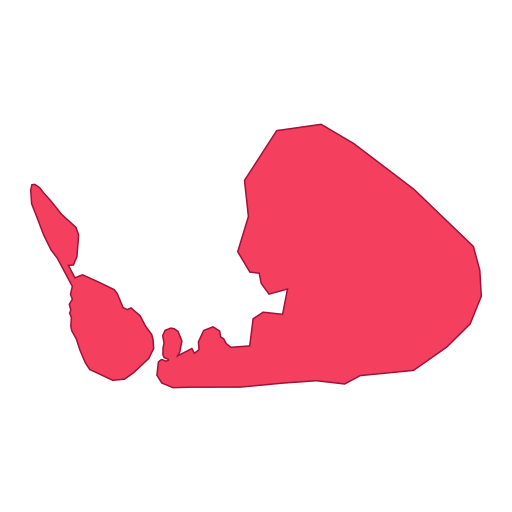 the district of Losap, Federated States of Micronesia
{"feature_id": "79324940B35142338686244", "entity_name": "Losap", "entity_type": "district", "adm_level": 2, "iso_a3": "FSM", "parent_name": "Federated States of Micronesia", "parent_adm1": "", "projection": "natural_earth1", "projection_center": [152.733, 6.895], "detail": "fine", "context": "isolated", "style": "filled", "palette": "rose", "viewbox_px": 512, "rotation_deg": 0, "n_neighbors": 0, "source": "geoboundaries", "source_scale": "gbopen_adm2", "svg_char_len": 1443}
<svg xmlns="http://www.w3.org/2000/svg" viewBox="0 0 512 512"><path d="M161.5,359.6L159.9,360.6L158.4,362.1L156.9,375.3L161.8,383.0L173.0,387.7L189.3,387.2L240.5,387.1L282.8,383.1L316.4,380.7L344.7,384.0L360.2,375.6L413.5,370.4L446.6,347.2L470.1,324.0L481.3,296.3L479.8,270.2L473.4,246.5L413.9,189.3L353.8,143.6L321.1,124.3L276.7,130.6L244.5,180.4L248.4,216.6L237.7,251.7L249.9,272.1L259.2,273.2L261.2,283.4L269.0,294.1L287.5,289.0L282.6,314.3L263.1,312.2L253.1,318.8L249.7,345.9L230.8,347.3L226.2,343.5L223.6,338.7L220.6,336.9L219.7,331.1L213.0,326.8L203.7,330.5L198.4,341.9L199.0,349.7L194.4,353.3L191.9,348.5L177.6,355.9L179.8,351.9L181.9,341.0L178.1,331.5L174.2,328.7L170.8,328.1L165.1,330.3L162.7,335.6L164.0,342.9L163.0,348.2L163.0,350.9L162.9,354.8L164.1,357.6L168.3,359.3L168.3,360.4L165.8,361.1L162.6,359.8L161.5,359.6ZM151.7,334.5L145.6,326.2L140.1,315.7L131.0,307.9L127.2,309.6L123.1,307.6L117.3,293.7L114.3,289.7L99.7,282.6L82.5,274.8L74.9,277.8L68.4,265.3L73.4,265.0L76.9,256.8L78.7,235.2L76.0,227.4L61.7,214.5L50.6,200.6L43.9,193.2L39.8,187.8L34.8,184.4L31.9,184.7L30.7,190.1L31.6,203.7L36.9,217.2L43.6,234.8L50.9,249.7L57.3,258.2L72.3,286.3L70.5,294.4L72.3,299.2L69.3,304.3L70.8,310.0L69.6,313.1L71.4,317.5L70.8,325.9L71.7,330.7L76.4,339.1L79.9,350.0L85.4,362.9L89.8,369.6L94.7,371.8L112.7,380.3L124.5,379.2L133.6,372.7L148.7,358.5L153.7,348.5L153.1,339.7L151.7,334.5Z" fill="#f43f5e" stroke="#9f1239" stroke-width="1.5"/></svg>